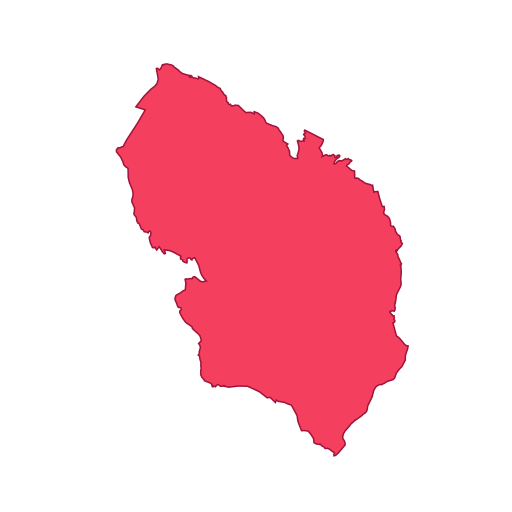 outline of Porumbeni, Harghita, Romania, rotated 301°
{"feature_id": "2599482B64869304081158", "entity_name": "Porumbeni", "entity_type": "district", "adm_level": 2, "iso_a3": "ROU", "parent_name": "Romania", "parent_adm1": "Harghita", "projection": "orthographic", "projection_center": [25.126, 46.271], "detail": "fine", "context": "isolated", "style": "filled", "palette": "rose", "viewbox_px": 512, "rotation_deg": 301, "n_neighbors": 0, "source": "geoboundaries", "source_scale": "gbopen_adm2", "svg_char_len": 6118}
<svg xmlns="http://www.w3.org/2000/svg" viewBox="0 0 512 512"><g transform="rotate(301 256 256)"><path d="M257.3,432.7L256.8,431.8L256.6,430.1L257.0,428.3L259.4,421.5L259.8,419.3L259.8,417.6L269.2,407.8L269.7,408.3L270.9,408.8L271.9,408.5L272.4,408.0L272.6,406.8L274.2,406.5L275.0,405.6L275.8,405.3L275.2,404.0L275.8,402.9L275.6,402.3L276.5,400.8L276.6,399.7L277.5,399.4L278.7,400.6L279.2,400.8L279.8,402.9L281.3,402.9L283.7,401.8L284.2,400.9L285.2,400.2L287.4,399.7L287.6,399.2L288.2,398.9L288.7,399.2L295.3,396.3L304.3,395.6L305.9,395.2L307.0,394.7L310.9,391.8L315.6,389.6L317.9,388.2L321.6,385.6L322.2,384.4L322.4,384.4L322.7,385.0L324.3,384.7L325.0,383.3L327.6,379.8L327.6,379.0L330.4,376.6L331.0,375.0L331.4,374.7L331.5,373.9L332.6,373.0L333.4,373.3L333.0,374.2L335.6,374.3L339.3,375.3L342.1,375.0L343.0,372.6L343.9,372.5L344.0,371.9L347.1,369.2L347.3,368.5L347.3,366.2L348.9,363.2L350.9,361.2L352.3,358.4L351.5,357.4L351.3,356.7L351.4,355.7L353.9,354.2L356.3,351.7L357.3,350.1L357.8,348.3L357.8,344.2L359.9,342.6L361.7,342.4L364.3,340.5L364.5,340.3L363.4,338.8L369.1,332.2L374.1,327.2L372.3,324.7L371.3,324.2L376.7,319.5L375.9,319.1L376.2,317.5L374.9,313.2L374.6,311.1L375.0,308.0L374.7,306.1L375.3,303.9L374.6,301.9L373.9,301.7L373.7,300.5L379.5,296.8L379.6,296.5L378.7,294.2L379.8,287.2L380.8,287.2L383.2,288.3L384.7,288.1L386.1,288.9L387.0,289.0L387.2,287.7L386.6,285.7L387.0,284.9L385.2,283.7L385.5,282.6L382.0,280.8L381.6,280.5L381.5,279.7L380.5,278.8L380.6,278.1L378.8,277.1L376.3,276.8L375.2,275.6L375.8,275.0L377.7,274.8L380.4,275.0L383.5,276.4L385.0,276.3L385.4,275.7L385.0,274.8L383.9,273.8L382.4,274.1L381.3,273.4L381.4,272.6L382.7,271.9L382.4,271.0L382.9,270.2L381.8,269.1L380.5,268.9L380.2,267.3L379.1,266.9L378.9,266.4L379.2,264.5L378.4,263.4L375.3,261.5L376.7,261.2L378.7,259.1L381.0,254.9L381.7,254.3L383.2,254.9L386.3,254.9L389.2,254.4L390.5,253.7L389.1,233.0L387.8,233.1L387.2,234.6L386.8,235.1L384.9,234.1L384.6,234.3L384.1,236.1L382.1,237.6L381.3,236.3L380.2,236.7L379.7,237.9L379.3,238.1L378.7,236.8L377.3,235.4L376.9,232.6L376.0,232.2L373.3,235.0L371.0,237.0L368.9,238.2L363.3,239.6L361.1,241.5L359.4,238.8L359.0,237.2L359.1,235.7L359.5,234.1L360.1,232.7L362.7,231.1L365.1,227.8L366.5,225.2L368.4,225.6L368.4,220.6L369.1,219.4L370.9,218.9L372.4,217.9L373.6,216.3L373.8,215.3L374.9,213.6L376.0,210.6L376.7,209.8L377.1,208.7L377.2,206.6L376.3,203.2L375.4,197.4L375.4,196.2L375.7,195.5L377.8,192.6L378.2,191.6L378.8,189.4L379.5,184.3L378.8,180.1L376.9,181.3L376.6,177.7L374.7,174.7L373.8,173.9L374.0,171.9L374.6,168.8L376.0,163.4L374.6,160.5L373.2,159.3L372.1,157.7L372.1,156.9L372.8,156.3L372.9,155.9L372.1,154.8L372.0,154.3L372.1,153.8L373.2,153.1L373.0,152.3L373.6,151.1L375.9,149.4L376.6,149.2L377.1,148.2L377.8,147.7L378.0,147.3L377.7,146.4L377.7,146.1L379.4,142.8L379.9,140.7L381.2,139.0L380.9,136.0L381.3,133.6L381.2,125.9L380.1,114.4L379.2,115.3L378.4,115.4L377.9,115.0L377.4,112.4L376.6,111.2L376.5,109.9L376.7,108.8L375.3,108.1L375.2,106.7L375.3,106.5L377.1,107.2L375.9,104.4L374.5,98.7L374.9,95.2L375.5,93.4L375.4,92.3L375.7,90.9L375.8,88.0L376.3,87.5L376.3,85.5L374.8,80.7L373.2,78.7L372.4,78.7L372.5,78.1L371.9,77.5L371.2,77.2L370.3,77.6L367.3,77.7L366.1,77.5L365.8,77.3L366.2,75.3L365.9,74.5L365.4,74.0L357.3,81.1L352.8,82.3L349.4,81.8L344.6,79.9L335.1,77.7L322.0,76.2L324.2,85.8L308.4,86.0L289.2,85.3L281.3,85.7L280.3,84.6L278.6,83.7L278.2,82.6L277.5,81.9L274.8,81.7L273.3,83.0L271.2,88.8L268.4,93.2L266.2,95.6L265.4,97.9L265.2,101.2L257.4,106.1L253.8,109.6L249.4,115.6L246.9,118.0L243.9,119.7L240.2,120.6L239.4,121.1L237.9,122.3L237.1,123.8L236.1,124.9L234.8,127.1L231.0,129.0L229.6,129.3L229.0,129.9L228.5,130.6L227.6,133.3L224.3,136.2L223.4,137.9L223.5,139.3L220.0,144.0L220.4,145.7L219.2,147.6L220.3,150.4L220.2,151.6L222.5,151.6L222.7,152.2L222.3,153.5L220.7,154.6L218.7,155.0L216.9,154.9L216.3,155.4L212.9,158.6L210.1,162.6L210.1,163.8L210.9,164.7L211.6,164.9L210.6,166.3L210.0,167.9L214.0,168.1L213.0,170.6L211.6,173.2L210.6,176.2L211.4,177.0L211.7,176.9L214.1,174.3L216.1,179.1L216.7,182.4L217.2,191.8L216.4,191.7L214.6,192.8L214.8,195.1L214.0,195.8L213.8,196.8L214.1,199.4L214.5,200.3L216.3,199.6L217.3,198.5L218.3,198.3L219.7,199.4L220.3,200.5L219.5,202.1L219.6,203.1L220.7,202.9L221.7,203.3L223.0,204.3L218.4,211.8L213.6,216.7L211.7,219.2L209.9,222.9L209.0,226.4L206.0,223.0L205.8,220.7L206.8,214.2L206.1,213.4L205.0,212.7L203.8,213.0L202.3,210.5L201.0,209.5L200.6,208.0L199.5,207.2L196.6,209.9L190.4,212.9L188.8,211.5L185.6,210.3L181.7,208.0L180.6,207.7L178.7,208.1L176.9,209.0L174.5,212.4L172.3,215.0L172.0,216.2L172.8,217.7L172.8,218.5L171.6,219.6L169.7,219.0L168.5,219.5L167.2,221.3L164.7,225.6L163.1,229.4L162.7,231.3L162.4,237.7L161.3,238.5L160.7,240.2L159.5,246.5L158.8,248.9L156.3,251.8L154.9,252.8L151.5,251.8L150.1,254.5L148.7,255.5L144.9,256.6L142.9,257.7L141.3,257.5L141.0,259.3L139.0,260.8L136.3,263.7L133.9,265.0L130.9,267.2L129.6,267.5L125.6,270.0L124.1,272.2L123.2,275.3L122.5,276.0L123.6,282.6L123.4,283.8L122.7,284.5L122.9,284.9L122.8,285.4L121.9,285.4L121.5,285.8L121.7,286.6L123.4,287.8L123.1,288.5L125.8,289.2L126.4,289.8L126.0,292.6L127.5,294.8L128.5,295.1L128.6,295.7L128.1,296.0L129.4,300.0L135.6,308.1L140.0,315.8L141.4,328.6L140.2,338.6L142.1,340.9L140.4,348.1L143.0,347.6L142.9,350.1L145.2,355.7L145.5,359.0L146.4,363.2L140.3,373.5L137.6,375.6L135.5,377.5L129.7,385.0L131.0,386.9L132.7,390.5L132.5,391.8L131.4,394.8L129.2,399.3L125.9,401.8L125.9,404.5L127.3,407.7L127.8,408.0L127.1,410.8L127.3,412.8L126.7,413.9L126.7,414.6L128.1,416.6L128.2,418.8L127.8,421.6L127.9,424.4L126.0,425.0L124.9,425.7L126.0,426.9L129.8,428.1L139.9,429.7L141.2,429.0L142.9,427.2L144.3,424.5L145.3,423.6L148.7,422.5L152.2,422.5L157.2,423.5L160.9,423.9L165.9,425.5L166.4,425.2L166.8,425.9L173.3,428.8L175.7,429.4L178.2,430.6L179.9,430.8L182.0,430.3L184.9,429.0L195.0,428.1L201.2,426.2L205.0,426.1L206.9,426.6L209.0,427.8L209.9,428.8L210.4,430.0L212.0,430.8L212.8,431.5L216.0,433.0L220.5,437.1L222.4,437.6L223.5,437.6L227.9,436.6L232.4,437.1L236.4,438.0L243.7,437.6L247.6,435.3L254.7,433.7L257.3,432.7Z" fill="#f43f5e" stroke="#9f1239" stroke-width="1.5"/></g></svg>